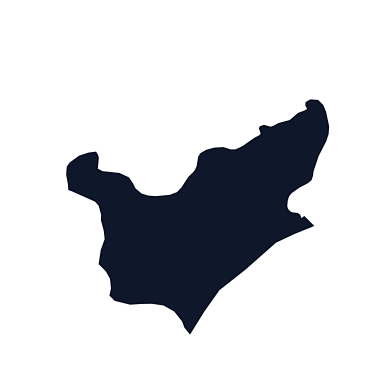 outline of Vlasenica, rotated 292°
{"feature_id": "BIH-4805", "entity_name": "Vlasenica", "entity_type": "state/province", "adm_level": 1, "iso_a3": "BIH", "parent_name": "Bosnia and Herzegovina", "parent_adm1": "", "projection": "robinson", "projection_center": [19.204, 44.258], "detail": "fine", "context": "isolated", "style": "filled", "palette": "ink", "viewbox_px": 384, "rotation_deg": 292, "n_neighbors": 0, "source": "natural_earth", "source_scale": "10m", "svg_char_len": 1414}
<svg xmlns="http://www.w3.org/2000/svg" viewBox="0 0 384 384"><g transform="rotate(292 192 192)"><path d="M192.6,87.9L190.6,90.5L188.3,92.2L177.7,95.3L177.0,101.2L181.7,117.6L181.2,127.8L177.6,133.2L173.5,137.9L170.9,145.7L171.5,152.7L173.8,160.1L180.4,172.9L185.8,178.7L191.8,181.2L204.6,183.7L210.8,186.5L213.4,187.2L217.6,187.4L227.2,185.3L230.7,185.9L235.7,189.7L240.9,196.5L244.6,204.4L245.2,212.0L247.1,216.7L252.7,222.0L265.8,230.6L269.0,233.5L271.1,234.6L272.8,234.1L276.2,231.0L278.0,231.0L280.5,233.9L281.2,240.6L283.0,242.9L287.7,246.8L293.1,253.9L294.8,256.2L304.6,261.3L309.4,266.6L312.2,268.6L313.3,267.5L315.1,265.3L317.8,264.5L321.6,267.5L323.8,274.4L321.3,280.5L316.2,285.6L303.9,293.9L296.8,296.2L289.5,296.7L272.5,295.2L256.6,296.2L252.2,297.4L247.8,297.6L244.0,295.5L236.2,289.0L228.7,284.2L224.7,282.9L220.4,283.1L214.2,284.9L211.6,287.0L210.0,290.5L210.0,293.1L211.4,297.8L210.8,300.4L207.4,303.4L210.9,305.4L206.1,316.8L191.5,301.7L176.9,288.2L140.6,270.1L111.5,253.5L86.1,247.5L60.2,243.0L64.1,236.1L68.1,232.5L68.8,231.9L75.2,220.7L76.9,208.0L74.0,196.3L69.7,186.2L65.1,176.7L62.9,161.3L65.5,154.9L72.4,153.8L81.3,149.1L86.9,142.1L90.7,133.1L104.0,129.9L115.9,129.4L123.6,125.2L132.1,118.8L137.3,116.9L144.9,111.1L147.5,105.8L148.4,80.3L148.3,77.0L153.1,74.7L161.3,69.5L168.6,67.2L173.4,68.3L182.9,74.3L189.2,81.8L192.6,87.9Z" fill="#0f172a" stroke="#020617" stroke-width="1.5"/></g></svg>